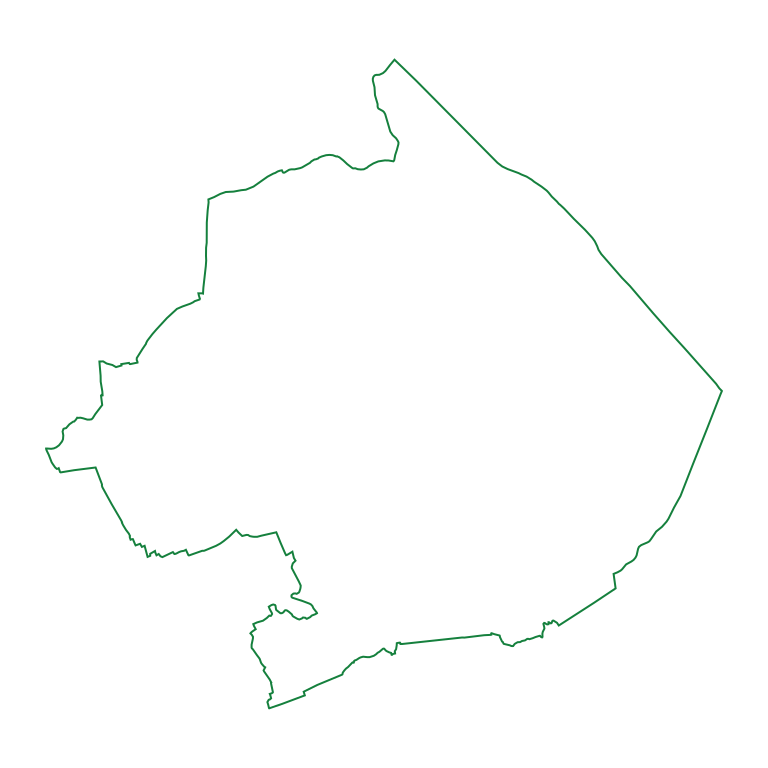 Cau Ngang, Trà Vinh, Vietnam
{"feature_id": "81297802B90196015208533", "entity_name": "Cau Ngang", "entity_type": "district", "adm_level": 2, "iso_a3": "VNM", "parent_name": "Vietnam", "parent_adm1": "Trà Vinh", "projection": "mercator", "projection_center": [106.416, 9.786], "detail": "fine", "context": "isolated", "style": "outline", "palette": "green", "viewbox_px": 768, "rotation_deg": 0, "n_neighbors": 0, "source": "geoboundaries", "source_scale": "gbopen_adm2", "svg_char_len": 6073}
<svg xmlns="http://www.w3.org/2000/svg" viewBox="0 0 768 768"><path d="M721.9,391.0L719.3,388.3L716.1,383.8L684.4,348.1L669.8,332.1L653.4,313.5L630.0,286.1L622.0,277.9L601.3,254.1L598.5,249.8L597.2,246.2L594.8,241.3L592.3,237.8L585.1,229.9L573.9,218.9L564.2,208.6L560.1,204.8L558.9,203.9L556.9,201.5L551.8,196.6L548.5,192.5L546.7,190.6L541.5,186.6L534.2,181.8L531.9,179.9L526.6,176.6L521.4,174.5L518.6,173.1L507.7,169.1L502.3,166.5L497.5,162.8L415.9,80.4L394.5,59.7L390.2,64.8L385.4,71.0L383.0,73.1L379.3,74.8L376.1,74.9L374.6,75.4L373.4,76.8L372.8,78.8L372.9,80.8L374.5,87.2L375.0,95.2L377.6,104.1L377.6,106.5L377.9,107.7L378.5,108.6L382.8,111.0L384.0,112.1L385.2,114.2L390.3,131.6L392.7,135.2L396.1,138.3L397.8,140.9L398.5,142.4L398.4,144.2L396.8,150.1L395.2,155.0L394.4,159.3L394.1,160.5L393.4,161.3L388.6,160.5L384.8,160.4L378.3,161.4L373.4,163.4L368.6,166.3L367.0,167.7L363.8,169.3L360.9,169.5L357.7,169.2L355.4,168.3L353.0,168.4L352.1,167.9L347.2,164.1L343.3,160.4L339.4,157.3L338.4,156.9L337.1,156.3L336.3,156.5L332.8,155.2L329.5,154.9L326.1,155.2L321.6,156.5L318.9,157.7L318.1,158.5L316.0,159.3L314.4,159.5L313.6,160.0L311.3,161.4L310.0,162.8L302.1,167.4L300.2,168.1L294.8,169.3L291.7,169.3L289.8,169.6L288.9,169.9L284.5,172.6L283.6,172.7L282.9,172.4L281.9,170.3L279.9,170.7L277.6,171.5L275.3,172.9L273.3,173.6L267.5,176.7L253.5,186.6L245.9,189.7L241.2,190.2L233.6,191.6L225.8,192.0L220.3,193.9L214.1,197.1L208.4,199.4L208.6,202.5L207.7,210.1L206.8,222.5L206.7,242.8L206.1,247.7L206.0,255.7L206.2,260.6L205.8,266.2L203.4,287.5L203.0,293.6L201.8,293.3L198.4,293.3L198.9,295.6L199.9,298.8L199.6,299.5L194.6,301.2L193.3,302.2L190.3,303.7L182.4,306.5L176.9,308.9L166.9,318.1L156.3,329.6L152.4,334.1L147.4,340.6L146.2,342.9L146.0,343.8L142.4,349.1L136.8,358.0L136.7,359.9L137.5,361.9L137.5,362.6L130.2,364.1L129.7,364.0L129.0,362.9L121.3,364.1L121.5,365.5L116.0,367.1L112.4,365.0L106.6,363.5L103.2,361.4L99.4,361.5L100.6,375.8L100.7,381.7L102.3,391.3L102.6,395.4L101.8,395.6L101.4,395.1L101.0,395.5L102.2,405.0L95.3,414.1L92.7,418.2L91.5,419.3L89.5,419.6L87.3,419.6L83.1,418.3L80.5,417.7L77.8,417.9L77.2,417.7L75.8,419.8L74.2,421.5L73.8,421.5L73.1,421.7L69.4,424.3L66.1,428.1L64.0,428.6L63.4,429.0L62.6,431.5L63.3,435.3L63.0,439.2L62.0,441.5L59.0,445.3L56.3,447.3L53.8,448.4L51.2,448.8L46.7,448.5L46.1,448.5L46.1,448.8L46.6,450.4L48.8,454.9L51.6,462.2L52.4,463.5L55.1,467.4L56.8,468.9L57.9,468.7L58.7,468.2L60.1,472.1L60.7,472.4L74.1,470.2L95.6,467.5L101.7,483.6L102.0,484.5L101.9,485.6L102.4,487.3L111.8,504.4L121.1,520.3L122.1,522.3L121.9,522.7L123.2,525.3L126.0,529.9L128.9,533.7L130.0,536.0L129.7,536.8L129.9,537.7L130.6,539.7L132.3,539.1L132.9,539.1L135.0,544.2L135.6,545.4L140.1,543.8L141.9,546.9L144.6,545.8L147.6,556.9L150.2,555.8L150.2,553.8L155.0,551.0L155.4,552.8L156.5,555.3L158.7,554.0L160.5,556.3L162.4,557.1L172.9,552.1L174.4,554.0L175.2,553.9L176.4,553.5L179.0,552.1L181.1,551.3L184.0,550.8L185.9,549.8L188.4,555.2L188.7,555.4L189.1,555.4L202.2,550.8L203.9,550.8L204.8,550.5L216.1,545.8L220.3,543.5L223.8,541.0L229.2,536.6L236.2,529.8L238.5,532.5L242.2,536.0L246.5,534.9L248.1,535.0L249.8,536.1L252.3,536.6L254.0,536.8L257.2,536.8L261.3,535.7L276.3,532.3L280.6,542.9L285.0,553.1L286.1,555.2L287.3,554.8L292.4,551.7L293.9,558.0L295.5,560.7L292.8,563.4L291.8,566.6L291.8,568.1L298.9,581.6L300.7,585.5L300.6,587.1L300.3,588.8L299.4,591.6L298.9,592.5L296.7,593.8L295.2,593.4L293.4,593.6L291.6,595.1L291.4,596.1L291.6,597.0L292.3,597.7L302.5,601.0L309.4,603.6L310.9,604.4L312.4,606.0L313.5,608.4L316.8,612.6L317.0,613.2L315.3,614.2L311.7,615.6L310.2,617.1L306.9,618.8L306.5,618.8L305.4,617.8L303.0,617.5L302.0,618.4L299.3,619.5L297.3,618.8L293.1,616.4L292.3,615.5L292.0,614.5L288.9,611.8L287.0,610.5L285.9,610.2L285.1,610.3L284.7,610.6L283.4,612.3L282.6,612.8L281.8,613.2L280.4,613.2L276.3,610.0L276.0,609.2L275.5,605.7L275.0,605.0L273.2,604.5L271.4,605.1L268.8,606.7L269.8,609.3L271.8,612.9L272.1,614.0L271.0,615.8L270.3,615.9L269.3,615.6L266.8,618.0L263.0,620.7L257.1,622.4L253.3,624.1L253.9,625.8L255.7,629.2L252.3,631.5L250.8,632.8L250.4,633.4L251.8,634.8L253.0,636.8L252.9,638.6L251.6,644.7L251.6,647.6L251.9,648.4L252.8,649.2L256.9,655.1L259.1,658.0L259.7,658.9L261.1,662.9L262.0,664.2L264.3,666.8L265.2,667.3L263.6,670.4L264.0,671.3L269.7,679.5L271.2,682.4L271.0,682.5L271.1,683.6L272.9,692.2L272.7,692.6L271.7,693.3L269.8,693.9L270.4,695.5L271.1,698.3L270.1,699.3L268.7,699.8L267.4,702.1L268.2,704.7L269.0,708.1L269.2,708.3L282.1,703.9L304.8,695.4L303.7,691.7L317.2,685.0L342.0,674.7L342.4,674.4L342.8,672.6L344.3,670.5L346.0,668.6L348.1,667.0L352.2,662.7L352.6,662.4L353.5,662.7L353.8,662.6L354.2,660.9L354.7,660.5L356.4,659.9L359.3,658.0L360.6,657.4L363.1,656.7L366.9,657.1L369.7,657.1L373.8,655.8L376.2,654.2L377.6,652.8L379.4,651.8L382.9,648.8L383.6,648.6L384.2,648.7L385.9,650.6L386.8,651.2L389.3,652.4L391.1,652.9L391.6,654.8L391.9,654.9L393.1,653.9L395.1,653.5L394.8,651.2L396.1,649.2L396.7,645.4L396.8,643.2L397.4,643.0L399.9,642.6L400.2,642.9L400.2,643.8L400.5,644.0L402.1,644.0L462.2,637.5L464.4,637.6L484.2,635.2L490.3,634.9L491.3,634.7L491.2,633.4L491.6,633.2L494.4,634.2L499.6,635.5L499.8,635.9L500.0,637.2L502.1,641.6L502.9,642.1L503.5,643.6L503.9,643.9L509.8,645.3L511.3,646.0L512.7,646.1L513.2,646.0L514.7,643.9L517.1,642.5L517.7,642.2L520.1,642.1L522.0,641.0L525.0,640.4L527.2,638.9L528.5,638.9L529.4,639.2L532.7,638.2L535.6,637.0L539.6,635.8L540.0,635.8L540.7,636.7L541.7,637.3L542.3,637.3L542.5,636.7L542.4,633.6L542.8,631.8L544.4,628.6L544.2,626.9L543.4,623.9L544.2,622.9L544.8,623.0L546.5,624.2L547.4,624.4L548.5,624.2L548.5,622.2L548.9,622.2L550.6,623.3L551.1,623.3L551.6,623.0L552.4,620.9L552.9,620.6L553.5,620.6L557.0,622.8L558.8,625.5L594.0,602.8L615.6,588.4L613.6,573.9L617.5,572.3L620.6,570.6L622.1,569.3L626.1,564.4L631.4,561.5L633.6,559.9L635.5,557.6L636.6,555.4L638.1,548.8L639.0,546.8L641.2,545.1L647.5,542.4L648.6,541.8L649.5,541.1L651.1,539.0L656.2,531.5L662.0,526.8L666.6,521.6L668.5,518.7L674.0,507.6L680.5,496.0L693.0,464.0L707.0,428.8L720.5,394.3L721.9,391.0Z" fill="none" stroke="#15803d" stroke-width="2"/></svg>